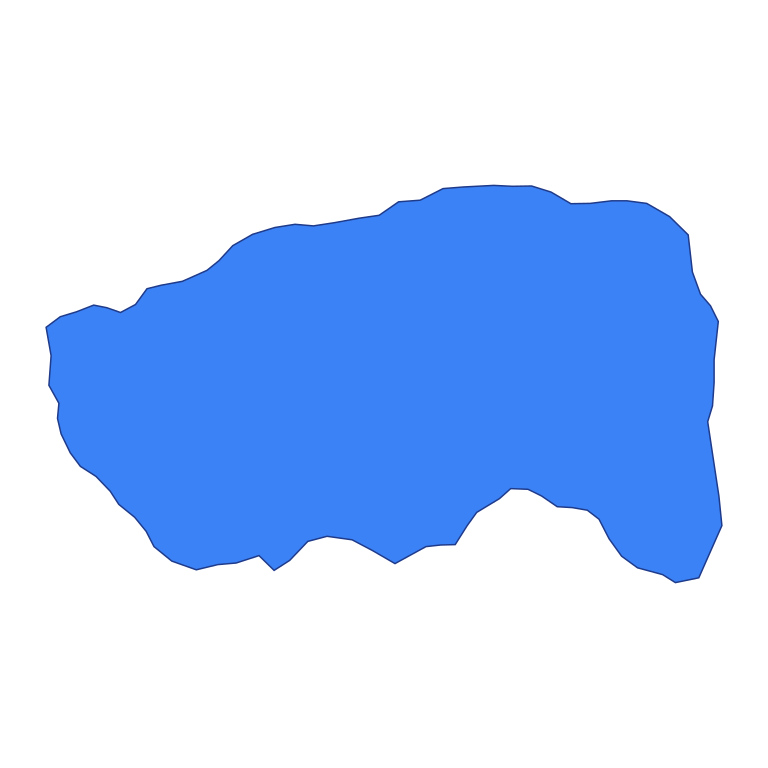 Vista Alegre do Alto, São Paulo, Brazil
{"feature_id": "56859067B18331091082642", "entity_name": "Vista Alegre do Alto", "entity_type": "district", "adm_level": 2, "iso_a3": "BRA", "parent_name": "Brazil", "parent_adm1": "São Paulo", "projection": "robinson", "projection_center": [-48.654, -21.177], "detail": "fine", "context": "isolated", "style": "filled", "palette": "blue", "viewbox_px": 768, "rotation_deg": 0, "n_neighbors": 0, "source": "geoboundaries", "source_scale": "gbopen_adm2", "svg_char_len": 1224}
<svg xmlns="http://www.w3.org/2000/svg" viewBox="0 0 768 768"><path d="M154.0,546.6L171.8,561.1L196.3,569.8L217.8,564.6L236.2,563.0L259.0,555.6L274.1,570.4L289.7,560.4L307.8,541.4L327.0,536.3L352.1,539.8L372.2,550.4L395.0,563.6L410.1,555.3L426.0,546.6L440.7,545.0L455.2,544.6L467.2,525.6L476.7,512.4L499.5,498.6L510.7,488.6L528.0,489.3L541.6,496.0L557.2,506.7L572.3,507.6L587.3,510.2L599.0,519.2L609.1,538.8L621.6,556.2L637.5,567.8L662.6,574.6L675.4,582.6L698.8,577.8L721.9,525.6L718.9,496.0L711.9,449.7L707.7,421.7L712.5,405.9L714.1,382.7L714.1,359.9L718.3,321.5L710.5,305.8L700.5,294.2L692.4,272.0L688.2,234.9L669.6,216.6L646.7,203.4L626.9,200.8L611.6,200.8L590.1,203.4L570.9,203.7L551.1,192.1L531.6,186.0L512.4,186.3L493.7,185.4L463.0,187.0L443.0,188.6L420.1,200.2L398.6,201.8L379.1,215.3L359.1,218.2L334.3,222.7L313.4,225.9L295.0,224.3L274.9,227.5L252.6,234.3L232.8,245.6L218.9,260.7L206.9,270.4L182.4,281.3L161.2,285.2L147.0,288.7L135.5,304.5L120.5,312.5L106.8,307.7L93.7,305.1L76.2,311.9L60.3,316.7L46.1,327.3L51.1,355.7L48.9,385.3L58.9,403.3L57.5,418.4L61.1,433.9L70.3,452.9L80.4,466.4L96.0,476.4L110.2,491.2L118.8,504.4L134.7,517.3L146.2,531.4L154.0,546.6Z" fill="#3b82f6" stroke="#1e3a8a" stroke-width="1.5"/></svg>